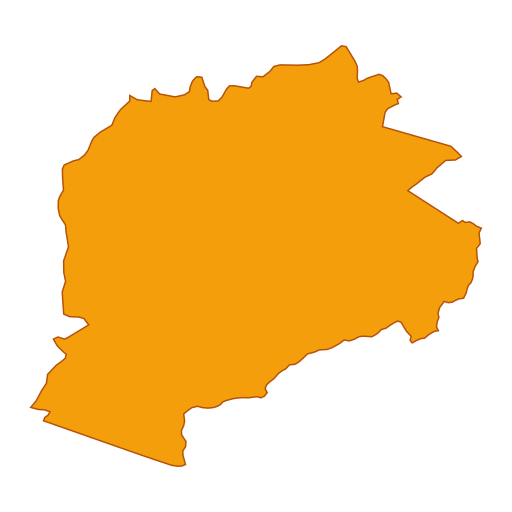 Campos Sales, Ceará, Brazil (Mercator projection)
{"feature_id": "56859067B21784925382268", "entity_name": "Campos Sales", "entity_type": "district", "adm_level": 2, "iso_a3": "BRA", "parent_name": "Brazil", "parent_adm1": "Ceará", "projection": "mercator", "projection_center": [-40.248, -6.944], "detail": "fine", "context": "isolated", "style": "filled", "palette": "amber", "viewbox_px": 512, "rotation_deg": 0, "n_neighbors": 0, "source": "geoboundaries", "source_scale": "gbopen_adm2", "svg_char_len": 2995}
<svg xmlns="http://www.w3.org/2000/svg" viewBox="0 0 512 512"><path d="M30.7,407.4L38.0,409.4L44.7,409.9L50.0,411.7L48.1,415.1L44.9,417.4L43.5,420.8L129.9,451.1L147.4,457.2L171.3,465.2L177.0,466.2L181.8,466.0L185.5,464.5L184.3,460.0L183.0,455.4L182.8,450.9L185.5,446.8L186.0,441.5L183.6,437.9L181.6,434.7L181.4,430.6L183.6,425.9L184.6,421.1L183.7,414.0L187.4,410.8L191.9,407.6L197.7,406.3L202.3,407.6L207.9,408.1L213.1,407.6L216.8,406.5L220.3,404.7L223.0,401.7L227.0,400.3L233.0,398.7L237.7,398.0L242.5,397.6L248.6,397.8L253.6,397.1L257.2,396.7L260.8,397.8L264.4,396.2L267.2,392.6L265.1,388.5L266.8,384.6L269.9,381.7L274.1,378.5L278.3,373.6L282.5,370.5L285.7,368.9L289.5,364.8L295.0,364.3L299.2,361.7L303.5,357.8L307.4,353.9L312.1,352.8L316.1,351.5L319.1,349.9L323.0,349.7L326.8,349.5L331.5,347.9L336.4,345.3L340.2,343.1L344.1,340.0L349.2,340.9L354.5,339.2L358.9,336.7L362.7,336.2L367.3,336.4L371.7,336.8L375.2,334.9L378.0,333.0L381.3,329.6L386.0,328.2L390.2,325.2L394.2,322.7L397.9,321.0L401.3,322.5L403.7,326.8L406.9,331.8L411.2,336.3L410.1,340.3L412.1,342.9L416.5,340.5L420.9,338.6L424.6,338.2L429.1,334.3L434.5,331.3L438.4,330.7L436.5,326.9L437.2,321.6L438.9,317.5L438.0,313.2L439.7,307.5L442.1,304.2L444.2,301.4L448.3,302.7L452.2,302.2L455.8,300.2L459.0,298.9L463.6,298.2L466.2,292.9L467.1,289.1L468.4,285.4L470.8,282.9L472.6,278.8L473.1,275.4L473.1,271.8L475.2,266.3L478.0,261.7L477.2,258.3L476.9,254.4L476.5,248.5L480.2,243.7L479.7,238.9L479.0,233.1L481.3,228.2L476.1,226.0L473.6,223.9L469.9,221.9L465.1,222.4L462.5,220.5L458.4,223.3L407.8,190.7L410.6,188.2L413.3,186.1L416.3,184.1L419.8,181.2L425.1,177.1L431.9,173.9L434.4,171.1L436.7,168.1L445.7,160.4L455.3,160.0L461.4,156.5L457.8,152.7L453.8,149.0L450.9,146.3L382.5,126.7L385.1,112.2L387.8,108.6L395.3,104.7L398.4,103.6L397.2,99.5L401.1,96.9L396.8,93.1L391.1,93.8L388.6,82.3L385.9,78.6L382.6,75.6L379.1,74.3L371.5,76.8L367.1,78.3L364.1,80.2L358.6,82.1L357.2,78.4L357.5,69.7L357.2,66.3L355.2,61.6L346.2,46.7L341.5,45.8L325.1,59.0L319.0,62.7L308.8,64.7L297.7,65.2L280.0,64.9L273.8,66.5L269.9,71.4L263.0,76.8L256.5,76.3L251.9,82.3L251.1,86.3L248.5,88.2L234.0,85.7L229.5,85.9L226.7,88.8L222.1,97.0L218.1,101.0L211.9,101.2L208.8,99.7L207.7,90.2L204.9,86.6L201.8,77.2L196.7,76.7L193.8,79.5L191.9,82.3L190.1,87.3L189.4,91.6L184.5,94.8L175.2,96.9L159.6,94.0L154.8,88.6L152.2,90.5L151.1,101.3L146.7,101.0L137.2,99.7L129.8,95.5L129.7,101.1L120.5,109.6L117.3,114.1L114.9,117.8L111.8,125.3L100.0,132.3L94.0,137.4L91.8,141.0L88.1,150.2L84.4,155.2L78.7,159.6L73.4,160.9L64.2,165.0L62.4,169.1L62.6,178.0L63.5,190.0L59.3,197.5L58.3,201.0L58.2,208.2L59.6,215.5L61.9,219.4L65.5,224.9L66.0,231.4L68.5,246.7L63.6,261.0L63.8,272.6L65.6,281.3L62.2,292.0L63.7,314.1L69.7,316.7L78.7,317.0L84.0,318.6L88.7,324.9L81.8,329.1L67.9,337.5L64.6,339.1L58.0,337.0L53.4,339.1L57.1,345.6L60.4,349.0L62.8,351.4L66.3,354.3L65.3,358.2L61.6,361.4L56.2,365.3L47.6,374.4L46.4,383.3L41.5,390.8L36.2,400.8L30.7,407.4Z" fill="#f59e0b" stroke="#b45309" stroke-width="1.5"/></svg>